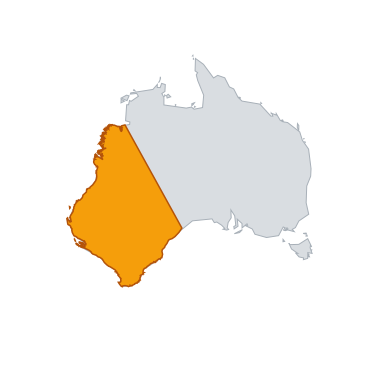 location of Western Australia within Australia, rotated 328°
{"feature_id": "AUS-2651", "entity_name": "Western Australia", "entity_type": "State", "adm_level": 1, "iso_a3": "AUS", "parent_name": "Australia", "parent_adm1": "", "projection": "albers", "projection_center": [121.445, -24.431], "detail": "fine", "context": "in_parent", "style": "filled", "palette": "amber", "viewbox_px": 384, "rotation_deg": 328, "n_neighbors": 0, "source": "natural_earth", "source_scale": "10m", "svg_char_len": 9460}
<svg xmlns="http://www.w3.org/2000/svg" viewBox="0 0 384 384"><g transform="rotate(328 192 192)"><path d="M269.4,89.8L270.7,106.7L275.6,106.7L280.3,112.5L279.4,122.7L282.0,126.7L281.2,136.2L282.6,141.4L296.1,153.4L299.1,169.4L300.7,170.5L301.5,167.9L304.2,171.3L305.0,170.1L304.8,177.9L306.2,180.5L309.9,183.8L315.2,198.2L313.0,206.6L313.6,217.4L305.3,235.3L301.0,241.5L292.5,247.7L283.1,261.6L279.2,272.7L267.3,273.2L260.8,277.0L257.2,276.8L257.7,279.8L252.9,274.7L253.9,273.9L253.7,272.8L252.7,272.6L250.5,274.1L249.4,272.8L251.9,271.5L250.8,270.0L242.3,274.9L231.1,270.1L223.0,261.2L223.5,255.3L219.8,249.3L221.6,249.7L221.8,248.1L215.4,249.0L217.7,245.2L216.0,239.0L212.9,245.4L208.2,245.6L209.2,243.4L211.4,243.6L215.6,234.8L215.5,227.8L211.5,234.7L206.5,237.0L202.9,241.0L203.2,243.2L201.3,242.7L198.6,240.0L200.5,240.2L199.5,235.8L197.1,230.6L194.7,229.8L194.7,225.4L177.1,216.7L145.9,220.7L135.9,225.4L131.5,231.6L110.2,232.0L98.8,239.6L91.0,239.4L82.1,234.7L81.8,229.6L83.9,230.4L85.7,227.2L85.4,216.8L81.3,209.0L79.5,199.2L68.2,178.9L72.3,180.9L69.6,174.8L71.5,178.4L74.6,179.3L68.9,166.6L71.8,148.5L72.7,152.7L76.1,147.8L88.7,139.1L93.3,139.4L116.5,131.2L125.4,120.8L124.9,114.0L129.7,109.2L133.5,116.8L135.7,112.6L133.2,109.6L134.0,107.7L141.8,109.1L139.3,108.4L141.0,105.4L139.7,102.8L143.9,102.5L142.4,100.5L145.9,100.3L144.8,97.5L147.9,94.4L148.1,96.3L150.6,96.1L150.9,92.6L154.4,93.9L156.8,91.2L160.5,93.3L165.3,98.5L164.2,102.5L167.8,98.8L174.9,101.7L176.4,99.7L173.4,96.4L182.8,83.4L184.4,84.4L187.5,81.3L188.4,82.8L197.3,82.4L197.3,79.1L191.6,76.3L192.6,75.5L213.2,84.3L219.6,82.4L217.9,84.9L220.3,86.6L223.8,83.8L226.3,86.7L222.3,92.4L218.6,92.5L218.3,96.9L214.3,103.3L231.6,117.8L236.5,119.7L237.7,122.9L245.7,126.0L253.2,116.1L255.9,100.6L257.7,94.9L260.0,93.8L258.8,90.9L265.7,80.6L269.4,89.8ZM246.8,288.3L254.8,293.0L265.4,292.9L264.4,302.0L264.0,300.2L262.6,301.9L261.3,307.7L258.1,304.7L254.9,309.6L250.6,308.4L251.7,307.0L248.4,303.8L247.6,299.0L249.2,300.1L246.2,293.1L246.8,288.3ZM181.7,74.8L187.8,75.2L189.6,77.1L185.3,80.1L181.7,74.8ZM205.8,249.8L214.8,250.6L210.8,251.6L205.8,249.8ZM223.6,96.5L224.4,100.0L220.7,99.1L221.6,96.7L223.6,96.5ZM315.0,196.6L315.6,192.8L317.7,189.9L317.8,192.3L315.0,196.6ZM264.3,286.0L267.0,287.3L266.8,288.5L264.3,286.0ZM181.0,75.8L182.9,79.2L179.0,78.8L181.0,75.8ZM244.4,283.0L242.8,282.4L244.1,280.4L244.4,283.0ZM241.4,117.6L239.5,118.4L237.6,118.7L238.7,117.0L241.4,117.6ZM68.1,178.0L66.6,176.2L66.4,174.5L66.6,174.4L68.1,178.0ZM266.0,289.6L266.9,290.7L264.9,289.6L266.0,289.6ZM305.9,178.6L307.1,178.9L306.8,180.6L305.9,178.6ZM281.6,136.1L283.0,137.4L282.6,138.0L281.6,136.1ZM257.5,307.8L257.3,309.3L256.3,308.6L257.5,307.8ZM314.5,208.5L314.2,210.6L314.5,208.5ZM197.3,75.8L196.3,74.8L197.0,74.4L197.3,75.8ZM225.7,78.7L224.1,80.2L226.2,77.5L225.7,78.7ZM315.3,206.0L314.5,206.5L315.1,205.9L315.3,206.0ZM224.5,109.6L223.7,109.9L224.2,109.1L224.5,109.6ZM220.6,96.1L219.6,96.2L220.3,95.2L220.6,96.1ZM80.5,139.5L80.2,140.9L79.8,140.8L80.5,139.5ZM264.0,79.5L263.8,80.7L263.5,79.8L264.0,79.5ZM252.6,273.2L252.7,273.9L252.4,273.6L252.6,273.2ZM223.6,80.6L221.5,81.6L223.7,80.4L223.6,80.6ZM145.0,95.8L144.2,96.6L144.7,95.7L145.0,95.8ZM258.2,306.9L257.7,307.1L258.1,306.6L258.2,306.9ZM240.0,121.5L238.9,121.4L239.6,120.7L240.0,121.5ZM140.8,101.8L140.3,102.3L140.2,101.2L140.8,101.8ZM262.9,304.6L262.1,304.9L262.5,304.2L262.9,304.6ZM265.2,76.6L264.9,77.3L264.4,76.9L265.2,76.6ZM252.0,274.0L252.7,274.8L251.4,274.4L252.0,274.0ZM298.0,153.7L297.3,153.6L297.7,152.7L298.0,153.7ZM301.0,167.7L300.6,167.6L301.0,167.0L301.0,167.7ZM247.3,287.3L247.0,287.8L246.9,287.1L247.3,287.3Z" fill="#d9dde1" stroke="#a8b0b8" stroke-width="1"/><path d="M164.3,217.2L159.6,219.3L154.0,220.8L150.4,221.0L147.5,220.3L146.4,220.5L143.6,222.3L140.4,223.6L139.4,224.5L136.3,225.1L135.0,226.4L134.1,229.2L131.6,231.7L130.8,231.4L129.4,232.2L129.2,231.5L128.7,231.2L126.2,231.4L126.0,231.8L124.7,231.5L124.3,231.8L124.2,232.2L123.2,232.2L123.1,231.3L122.7,230.8L121.5,231.4L118.8,230.8L117.8,231.2L114.3,231.4L113.3,231.9L111.1,231.6L109.9,232.0L108.6,233.1L108.0,234.3L108.5,234.8L107.6,234.7L107.4,235.6L107.0,235.3L106.6,235.9L106.0,235.5L104.4,235.4L104.6,235.7L103.7,236.1L103.7,236.6L102.1,237.4L101.9,238.5L100.5,238.8L100.7,239.3L100.2,239.1L98.6,239.5L99.6,239.8L99.2,240.1L97.8,239.6L97.4,240.2L95.8,239.5L94.9,239.4L94.6,239.8L92.3,239.5L91.7,239.8L90.3,239.2L90.9,239.1L90.2,238.5L90.2,239.0L87.9,238.5L87.5,237.6L85.6,235.9L83.7,235.0L83.1,235.0L82.8,235.4L82.1,234.6L81.7,232.0L81.7,229.6L83.0,230.4L84.0,230.3L84.8,229.4L85.4,228.0L85.8,227.9L85.9,227.7L85.8,227.2L85.6,227.8L85.6,226.0L85.1,223.5L85.6,222.4L85.3,223.5L85.8,224.3L85.4,223.3L86.0,223.1L85.7,222.6L85.8,221.2L85.4,220.8L85.7,220.7L85.8,220.2L85.5,217.3L82.9,211.9L82.0,210.8L81.2,208.7L80.3,205.3L80.4,201.5L79.4,198.9L77.9,197.1L77.3,194.9L75.0,192.1L74.5,190.4L74.7,189.2L73.7,186.6L70.9,182.3L69.1,180.5L68.0,178.7L68.8,179.3L68.8,177.6L69.1,179.5L69.5,180.3L69.2,177.7L69.5,178.8L69.8,178.7L70.2,180.9L70.4,179.6L70.7,181.5L71.0,180.6L71.4,182.1L72.2,181.7L72.5,181.1L72.6,179.8L71.9,179.1L71.3,179.0L70.6,178.2L70.4,177.1L69.4,175.7L69.9,174.1L70.0,174.7L71.4,176.0L71.6,176.7L71.5,178.9L72.0,178.9L72.3,178.3L72.2,177.0L72.6,177.2L72.6,178.3L73.4,180.1L74.0,180.5L74.7,179.5L74.3,177.2L74.8,177.2L74.7,176.2L74.0,175.9L71.6,171.6L70.9,171.2L70.2,168.6L68.7,166.5L69.0,162.9L69.8,160.8L70.7,159.6L70.5,157.6L70.9,156.8L70.8,155.9L70.4,154.9L69.8,154.5L69.6,153.5L71.8,148.2L72.7,148.0L72.2,150.5L72.5,151.6L72.9,151.5L72.6,152.8L73.0,152.9L73.7,152.3L74.0,152.7L74.9,150.3L74.8,149.2L75.2,149.4L75.8,148.0L81.0,145.4L81.9,144.1L83.1,143.3L83.8,142.1L85.2,141.5L85.4,140.6L87.1,140.3L88.7,139.2L89.2,138.3L89.6,138.3L89.2,139.1L89.7,139.5L91.6,138.6L91.8,139.1L92.6,139.5L95.0,139.0L96.1,138.6L98.0,136.8L102.3,136.1L104.1,133.9L104.6,134.2L104.8,133.8L106.5,134.1L107.4,134.5L108.3,133.8L111.6,133.4L116.3,131.4L117.8,130.3L119.3,128.6L120.8,125.7L120.6,125.0L121.6,124.6L121.4,124.1L121.9,123.2L122.5,123.3L125.4,120.9L125.4,119.9L124.3,119.9L124.5,119.4L124.5,118.0L124.1,117.0L124.3,114.9L125.0,113.7L126.4,112.9L126.3,112.5L127.1,112.9L126.7,112.1L127.1,111.5L128.7,111.5L128.2,111.0L128.3,110.3L129.1,109.7L129.3,109.0L130.0,108.8L129.9,109.1L130.2,109.4L129.8,109.4L129.6,110.2L130.2,111.0L130.7,110.9L130.5,111.5L130.9,111.8L130.8,112.5L131.6,113.2L133.6,117.3L133.6,115.7L134.1,114.4L133.7,113.8L133.8,113.0L135.9,114.7L135.1,113.2L135.6,113.4L135.5,112.8L136.2,112.0L136.1,111.8L135.9,112.2L135.1,112.4L134.6,111.4L133.3,110.7L134.0,110.0L133.3,110.1L132.7,109.6L133.2,109.7L133.0,109.4L134.2,109.8L133.8,109.7L134.3,109.6L133.3,109.0L134.7,109.2L134.1,108.7L134.7,108.8L134.7,108.5L133.5,108.0L133.7,107.4L134.8,107.1L135.3,107.5L135.1,107.6L135.4,107.9L134.8,108.0L135.7,108.5L135.7,109.2L135.9,108.6L136.5,108.9L136.3,108.3L136.5,108.2L136.0,107.7L137.5,108.1L138.1,109.0L138.9,109.1L139.2,108.7L142.5,109.3L141.3,108.7L139.3,108.6L139.2,107.8L139.6,106.7L140.1,107.5L140.6,107.1L140.8,105.6L141.6,105.0L140.8,105.0L139.9,106.3L139.6,105.1L139.4,105.4L139.2,104.0L139.6,103.7L139.2,103.0L139.7,103.0L139.9,102.6L141.0,102.9L141.0,102.3L141.3,102.7L141.7,101.9L141.2,101.8L141.2,101.1L141.8,101.4L141.7,101.7L142.1,101.4L142.3,101.9L142.9,101.9L143.4,102.4L143.3,102.7L143.8,102.9L143.9,102.6L144.7,103.1L144.0,102.3L144.5,101.6L143.7,101.4L142.9,101.8L142.7,101.5L143.9,100.6L142.6,101.1L142.4,100.5L142.7,100.1L143.3,100.4L143.7,100.1L143.5,99.2L144.1,99.3L144.0,99.7L144.4,99.7L144.6,100.6L144.5,99.6L145.5,100.5L146.4,100.5L146.0,99.9L146.4,99.6L144.8,99.1L145.7,98.7L144.9,98.4L144.5,97.6L145.7,97.0L145.2,96.8L146.0,96.0L145.9,96.8L146.3,96.3L146.6,97.0L147.0,96.0L147.6,96.4L147.7,94.3L148.7,94.5L148.5,94.9L148.1,94.9L148.3,96.1L147.9,97.0L148.6,95.4L148.6,95.9L149.4,95.8L149.3,96.7L149.8,97.1L149.9,96.3L150.7,96.2L150.3,95.3L150.9,95.1L150.9,94.3L151.5,94.1L151.4,93.4L150.5,93.2L150.4,92.6L151.2,92.9L150.7,92.2L151.2,91.9L151.2,92.2L151.6,92.2L151.3,92.8L152.1,92.4L151.6,93.3L152.0,93.3L151.8,93.8L152.5,94.4L152.8,94.1L152.5,93.7L152.8,93.2L153.5,92.6L154.4,92.4L153.6,93.3L154.1,93.3L153.9,93.6L154.4,93.8L154.6,94.4L155.0,93.3L155.2,93.7L155.5,93.4L155.4,92.8L156.4,92.6L155.7,91.4L156.2,91.3L156.3,91.7L156.6,91.5L156.4,91.2L157.1,91.0L157.9,91.8L157.8,92.2L158.3,92.8L158.5,92.2L158.7,92.7L159.0,92.3L159.6,92.8L159.6,92.4L160.2,92.7L160.4,93.5L161.8,94.4L163.6,97.2L164.0,97.1L165.5,98.2L165.1,98.5L165.2,99.0L164.7,99.2L164.0,102.2L164.2,103.0L163.9,103.6L164.4,103.1L164.6,101.5L165.7,103.0L165.2,100.6L166.0,99.6L166.2,100.5L166.3,100.2L166.7,100.6L166.9,100.6L166.6,98.9L167.5,98.6L170.7,99.6L164.3,217.2ZM67.8,177.3L68.3,178.6L66.6,176.2L66.2,174.4L66.5,174.1L66.8,174.2L67.8,176.9L67.6,177.4L67.8,177.3ZM80.7,140.0L80.3,140.8L79.7,141.0L80.4,139.5L80.7,140.0ZM140.6,101.7L141.1,102.1L140.3,102.4L140.7,102.0L139.8,101.8L140.6,101.1L140.6,101.7ZM144.7,95.6L145.0,96.6L144.5,97.0L144.3,96.3L144.6,96.4L144.7,95.6ZM166.3,99.4L166.8,100.6L166.3,100.0L166.3,99.4ZM164.7,100.5L165.1,101.1L165.1,101.5L164.7,101.1L164.7,100.5ZM67.1,172.6L67.0,171.1L67.3,170.7L67.1,172.6ZM67.3,169.9L67.3,170.6L67.4,168.9L67.3,169.9ZM139.5,101.2L139.6,101.5L139.0,101.4L139.5,101.2ZM143.0,99.0L143.0,99.6L142.6,99.2L143.0,99.0ZM154.0,91.9L154.3,92.0L154.7,92.2L154.1,92.2L154.0,91.9ZM83.9,219.1L84.4,218.9L84.6,219.0L83.9,219.1ZM85.3,219.9L85.4,220.4L85.4,220.5L85.3,219.9Z" fill="#f59e0b" stroke="#b45309" stroke-width="1.5"/></g></svg>